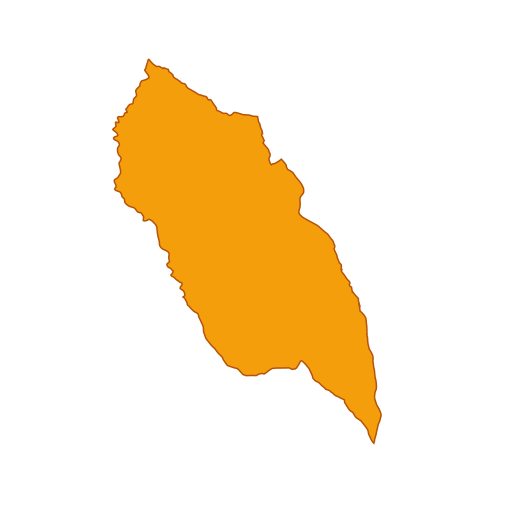 Durania, Norte de Santander, Colombia (Equal Earth projection), rotated 318°
{"feature_id": "7082276B9527918417262", "entity_name": "Durania", "entity_type": "district", "adm_level": 2, "iso_a3": "COL", "parent_name": "Colombia", "parent_adm1": "Norte de Santander", "projection": "equal_earth", "projection_center": [-72.667, 7.738], "detail": "fine", "context": "isolated", "style": "filled", "palette": "amber", "viewbox_px": 512, "rotation_deg": 318, "n_neighbors": 0, "source": "geoboundaries", "source_scale": "gbopen_adm2", "svg_char_len": 6038}
<svg xmlns="http://www.w3.org/2000/svg" viewBox="0 0 512 512"><g transform="rotate(318 256 256)"><path d="M218.3,474.0L219.7,473.2L222.1,471.2L226.1,468.8L228.7,466.7L230.5,465.6L232.9,463.8L234.7,462.7L237.2,461.6L242.1,458.4L243.2,457.0L244.2,454.6L245.1,452.0L246.1,447.3L248.6,441.7L250.0,439.8L252.2,437.8L253.5,436.8L256.1,435.5L258.1,433.7L260.3,430.9L261.7,428.9L263.7,425.3L267.5,420.2L269.7,416.4L271.3,414.3L272.6,412.2L274.0,411.0L275.4,409.3L276.4,407.4L277.5,403.4L277.7,402.0L278.1,400.5L280.3,396.5L281.9,394.2L284.6,390.8L285.3,389.2L285.7,388.7L286.3,388.5L286.8,387.4L287.7,386.6L290.7,383.1L296.0,375.8L296.6,373.5L296.8,370.8L296.6,366.3L298.7,363.4L299.5,362.0L299.5,362.9L299.8,362.6L302.2,357.7L303.6,356.2L303.6,350.1L303.9,347.8L303.4,347.5L305.7,343.6L306.2,343.1L306.0,342.6L305.7,341.2L305.7,340.8L306.2,339.9L306.5,339.4L307.4,339.3L308.0,338.5L308.3,337.7L308.2,333.9L309.0,328.1L309.1,325.5L309.4,324.6L310.5,322.6L310.4,323.5L310.7,323.6L310.8,323.0L311.4,321.8L312.3,321.1L313.5,319.5L313.5,317.1L313.3,317.0L313.4,316.6L314.3,314.6L314.8,312.7L316.7,309.2L318.2,304.2L318.9,302.8L320.0,302.4L321.5,301.0L322.0,299.2L323.1,296.8L323.3,295.4L323.4,292.5L323.9,288.0L323.8,286.8L323.2,283.6L322.2,274.8L317.1,260.1L316.4,257.3L316.3,253.9L316.6,252.9L317.9,251.4L321.6,248.9L323.5,247.1L325.4,244.7L327.5,242.3L329.2,241.7L333.2,241.0L334.3,240.3L335.8,238.6L336.5,237.6L337.6,234.4L338.2,230.9L338.5,223.7L339.2,218.6L338.4,215.3L337.5,213.1L338.1,210.4L338.9,209.1L339.3,208.3L339.4,207.5L339.6,204.6L339.6,201.0L335.5,200.7L334.8,200.4L332.3,200.0L329.7,198.6L328.6,198.6L328.5,197.0L329.8,193.7L330.5,192.6L331.4,191.9L333.5,191.0L334.9,189.4L335.3,187.6L336.4,185.4L336.6,183.3L336.7,179.0L336.9,176.8L339.5,175.6L339.7,174.2L340.3,172.9L340.9,170.2L341.6,169.4L342.8,169.5L343.3,168.3L344.0,167.7L345.5,163.3L346.2,162.4L346.5,161.2L347.0,160.8L347.3,160.1L347.5,158.7L348.0,157.4L350.5,153.4L347.2,150.0L345.5,147.1L344.8,146.2L341.1,142.5L338.0,137.3L336.8,135.6L335.7,134.7L335.3,134.5L333.9,134.7L332.6,134.7L331.4,134.4L330.3,133.8L330.0,133.2L329.8,131.2L329.6,130.6L329.1,129.7L327.6,128.6L326.8,127.4L325.7,124.2L324.5,121.9L324.5,121.1L325.4,119.8L325.9,117.7L326.1,115.0L326.6,112.2L326.9,110.1L326.8,109.5L326.3,108.8L325.3,108.4L325.1,108.0L325.1,107.4L325.7,105.1L325.6,104.2L325.3,103.6L324.0,101.9L322.9,99.7L321.4,97.7L320.3,93.5L317.7,85.7L317.7,83.8L318.4,81.6L318.3,80.7L318.0,79.9L316.5,77.9L316.3,76.3L316.4,75.3L315.7,73.4L315.7,72.0L315.0,70.8L314.5,68.1L314.6,67.3L315.4,65.8L315.4,64.9L315.2,64.0L315.2,62.9L314.7,61.1L314.8,60.3L315.5,59.3L315.6,58.5L314.7,57.1L313.6,54.7L313.2,54.4L312.6,54.7L312.3,54.3L311.3,51.2L310.8,50.1L309.3,49.0L308.7,48.1L308.0,45.0L307.8,42.0L308.0,38.5L307.7,38.0L307.3,38.0L299.6,42.7L298.1,43.2L297.5,43.7L297.0,48.8L296.7,50.2L296.2,51.4L295.6,51.9L294.2,51.7L292.0,51.2L288.8,49.6L288.1,49.4L286.3,49.8L285.1,50.4L283.5,51.8L278.9,52.1L277.5,52.5L276.8,53.2L275.0,56.4L274.4,56.9L273.5,57.2L271.0,57.3L269.9,57.6L266.6,60.3L265.8,60.1L264.1,59.1L263.2,58.9L261.5,59.0L259.3,59.7L258.0,59.7L257.6,59.8L257.2,60.4L256.9,62.1L256.6,62.9L256.0,62.9L255.0,62.2L253.7,62.1L252.3,62.9L250.7,63.3L249.6,62.8L247.3,60.6L246.9,60.4L245.6,60.5L244.2,63.9L243.6,64.9L242.9,64.9L241.8,62.9L241.2,62.7L240.9,62.8L239.8,64.3L239.2,65.4L238.5,66.1L234.6,66.0L234.3,66.1L234.2,66.6L234.2,67.4L234.6,69.0L234.9,71.1L234.5,73.2L234.1,73.8L233.9,73.9L233.0,73.9L230.4,72.8L229.2,72.9L228.8,73.3L228.6,74.2L228.9,75.7L230.0,78.1L229.9,79.7L229.4,81.4L228.8,82.0L227.7,82.5L226.1,82.9L224.9,83.5L223.0,85.8L221.8,88.4L221.6,89.1L221.6,91.8L221.3,93.0L220.8,93.5L219.0,94.5L217.0,95.0L216.3,95.5L215.7,96.2L213.1,100.9L211.9,102.6L211.2,103.4L210.5,103.9L205.7,105.3L204.3,105.2L202.6,104.7L201.3,104.9L200.5,105.9L200.2,106.6L199.1,110.2L198.3,111.0L196.6,111.2L195.7,111.8L195.6,112.5L195.7,113.5L197.5,116.9L197.7,117.5L197.7,118.1L197.6,119.1L197.1,120.6L196.1,122.3L196.1,123.7L196.4,125.2L196.3,125.6L194.4,128.5L194.3,129.8L194.4,131.2L194.8,133.5L195.3,134.7L197.4,138.2L197.8,139.3L197.8,140.5L197.5,143.2L197.7,144.5L198.5,145.9L199.1,146.3L199.5,147.2L199.5,148.0L199.1,149.4L199.0,150.8L198.8,151.3L198.0,152.4L196.2,153.8L196.0,154.4L196.4,155.2L198.7,156.6L200.7,157.0L201.5,157.9L202.1,160.0L202.3,161.6L202.4,165.5L202.0,167.1L201.6,168.2L198.0,173.1L195.6,177.0L195.0,178.4L193.4,181.1L191.9,182.9L191.2,184.6L191.0,186.3L191.2,188.0L192.0,190.2L192.8,191.8L193.4,193.7L193.3,195.0L193.1,195.7L192.6,196.6L192.1,197.1L191.2,197.7L189.9,199.0L187.9,202.3L184.4,202.4L183.9,202.9L183.5,203.7L183.3,205.5L183.4,206.2L184.0,207.1L184.2,208.0L184.3,211.8L182.4,212.9L181.9,213.0L180.5,213.0L180.0,213.2L179.8,213.5L179.9,214.9L180.6,216.1L180.8,217.0L180.9,219.7L181.8,224.2L182.0,225.0L182.9,226.1L182.4,227.1L181.7,227.9L179.2,228.4L178.0,229.1L178.1,230.8L178.7,232.7L178.7,233.9L178.6,234.3L177.5,237.0L176.3,237.9L174.3,237.6L174.7,239.8L173.5,244.5L172.4,246.3L172.3,246.6L172.6,248.7L172.5,251.7L172.8,255.6L174.1,259.3L174.1,260.7L172.8,262.8L170.3,271.1L169.4,273.4L166.3,277.3L163.7,283.6L163.4,286.0L163.0,293.0L163.4,297.2L162.9,302.2L163.2,308.8L162.3,311.2L161.5,317.5L161.6,318.5L165.1,324.7L166.7,327.0L167.0,328.4L167.0,335.2L167.3,335.9L168.6,338.3L173.3,342.3L176.1,345.0L179.6,345.8L180.6,346.6L181.5,346.9L182.0,347.4L182.6,348.5L183.0,349.0L183.5,349.3L189.8,349.8L192.9,350.5L195.9,352.7L204.3,360.1L205.5,360.9L206.9,364.2L209.4,366.1L211.3,366.3L215.2,365.2L218.5,364.0L219.8,364.2L220.2,366.3L220.4,370.3L220.0,375.5L217.7,382.9L217.0,383.9L216.5,385.1L216.5,388.1L217.0,389.7L217.6,390.9L218.0,392.6L218.2,396.8L218.7,399.3L218.6,401.3L218.7,401.8L220.2,404.3L220.6,405.6L220.7,407.1L221.3,409.4L221.4,411.7L221.6,412.7L223.0,415.8L223.6,417.7L225.4,422.0L223.8,424.4L222.4,432.6L222.5,434.3L223.3,436.9L222.8,439.6L222.4,441.2L222.3,443.2L223.7,448.6L223.5,452.7L223.0,458.4L222.8,459.5L222.3,460.9L220.7,463.4L220.3,464.5L218.7,469.8L218.3,472.4L218.3,474.0Z" fill="#f59e0b" stroke="#b45309" stroke-width="1.5"/></g></svg>